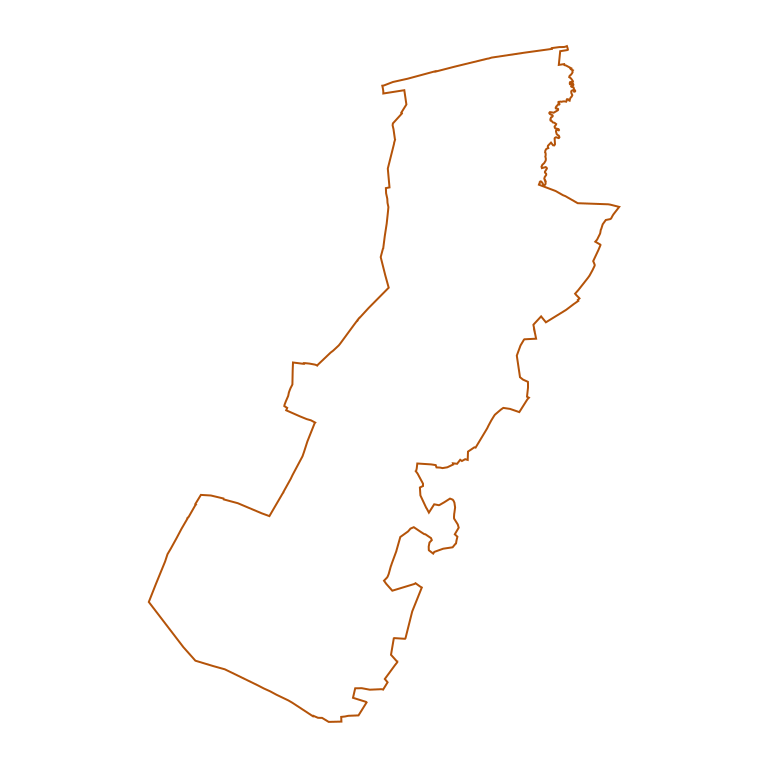 Svētes pag., Jelgava, Latvia (orthographic projection)
{"feature_id": "27541924B49757256215349", "entity_name": "Svētes pag.", "entity_type": "district", "adm_level": 2, "iso_a3": "LVA", "parent_name": "Latvia", "parent_adm1": "Jelgava", "projection": "orthographic", "projection_center": [23.649, 56.562], "detail": "fine", "context": "isolated", "style": "outline", "palette": "amber", "viewbox_px": 768, "rotation_deg": 0, "n_neighbors": 0, "source": "geoboundaries", "source_scale": "gbopen_adm2", "svg_char_len": 6023}
<svg xmlns="http://www.w3.org/2000/svg" viewBox="0 0 768 768"><path d="M293.0,362.5L292.7,369.9L292.4,384.5L290.6,388.0L289.9,389.7L288.9,392.4L288.2,395.9L285.9,401.2L284.6,404.6L284.3,406.1L287.2,407.9L286.2,410.3L299.8,416.3L306.7,419.1L310.9,420.3L315.2,422.6L314.6,423.3L307.4,441.4L304.1,451.7L302.5,456.3L292.5,475.1L290.8,478.7L283.3,492.2L283.4,492.5L282.6,493.5L269.4,516.1L261.7,513.3L237.8,503.2L223.7,499.4L223.5,498.5L210.9,495.5L200.9,494.9L195.3,504.1L195.8,504.6L195.6,504.7L188.6,517.0L187.6,517.7L187.3,518.3L187.5,518.5L181.5,528.8L176.7,537.9L170.8,548.6L167.5,554.2L165.1,561.5L155.9,584.0L148.8,602.0L183.4,647.2L195.4,660.7L213.3,666.1L224.8,669.3L257.5,685.2L263.9,688.5L270.1,691.3L276.4,694.7L288.3,700.4L292.1,702.6L313.0,716.3L313.3,715.8L318.0,717.8L322.1,717.9L328.7,721.9L341.4,721.6L341.2,716.9L345.0,716.5L348.3,715.8L358.5,715.4L366.6,702.4L366.1,701.9L353.0,697.8L355.2,688.3L361.8,688.2L369.8,689.7L381.1,689.2L382.3,689.3L383.1,689.6L387.6,682.3L384.8,679.0L395.0,665.1L397.3,662.2L397.3,661.5L397.0,661.5L391.0,654.8L393.8,638.3L394.3,638.1L405.0,638.8L405.5,638.2L412.2,611.5L421.8,587.5L420.2,586.6L415.5,583.2L414.6,583.9L392.3,590.7L386.2,583.8L384.0,580.7L387.0,577.6L387.6,576.7L388.7,574.0L390.9,566.0L391.1,565.7L391.8,563.5L396.4,551.0L396.4,550.8L400.3,537.0L408.1,531.4L410.5,528.6L413.8,527.2L421.2,532.2L424.2,534.1L425.4,534.3L431.0,538.1L431.8,540.1L429.5,542.5L428.7,546.6L428.8,550.0L428.9,550.3L433.2,553.6L434.3,551.9L443.2,548.7L452.6,547.3L455.4,543.9L456.0,543.5L456.5,540.5L457.4,536.7L454.8,534.3L458.7,527.7L457.8,524.5L454.1,518.6L454.0,517.1L454.2,513.8L454.4,512.8L455.1,507.4L454.4,502.6L453.4,500.5L452.6,499.6L450.0,498.6L444.2,502.3L439.5,505.0L438.9,505.2L434.2,504.3L428.9,512.6L426.6,508.3L426.3,508.0L420.4,495.4L419.9,487.5L423.0,486.0L423.0,483.7L417.6,473.6L415.8,471.2L416.1,471.0L416.7,468.6L417.3,463.5L431.1,464.4L435.7,465.1L436.5,467.4L440.2,467.6L442.5,468.1L447.3,467.3L453.2,464.5L452.9,463.3L457.1,463.8L460.2,459.8L461.9,461.0L465.2,459.2L467.7,459.9L468.0,451.6L474.4,447.3L474.7,447.3L475.6,447.6L487.2,428.3L488.5,425.6L491.3,420.4L494.0,416.0L494.9,414.7L501.0,409.5L503.3,407.9L510.0,408.9L519.3,412.1L527.4,399.3L528.9,397.7L527.0,396.7L528.0,387.7L528.0,383.2L527.9,381.8L523.0,379.6L520.0,377.2L516.8,355.6L520.5,345.5L524.0,339.6L524.4,339.3L536.1,338.7L535.2,334.2L534.3,330.4L534.5,330.5L533.4,324.8L533.7,324.4L541.1,316.4L545.9,322.3L566.2,309.8L573.7,304.1L578.3,300.9L577.8,300.0L579.5,298.4L578.6,297.4L576.1,294.9L575.1,293.7L578.2,290.2L582.4,284.9L587.9,277.9L589.6,275.5L592.5,270.2L594.5,266.0L594.7,265.4L594.7,264.9L594.6,264.5L593.2,261.1L598.5,249.8L600.4,245.3L600.5,244.9L600.3,244.6L595.3,241.7L597.1,239.6L599.9,234.0L600.2,233.2L600.8,229.8L601.3,228.8L602.7,224.3L605.8,220.0L610.2,219.1L611.1,218.5L612.7,215.5L613.4,214.4L619.2,206.9L610.1,204.6L608.2,204.3L577.7,203.2L565.3,196.1L563.0,195.2L555.6,191.0L538.9,184.7L539.1,184.0L539.7,183.4L539.7,182.2L540.4,181.4L540.8,181.4L541.3,181.6L542.5,183.1L543.4,185.0L544.1,185.2L544.9,184.9L545.4,184.2L545.6,183.5L545.5,182.1L545.0,180.7L545.4,180.8L545.1,180.0L544.6,179.3L544.3,178.6L544.7,177.1L546.2,174.9L546.2,174.3L546.1,173.7L545.0,172.6L544.9,172.1L545.0,171.6L546.7,168.9L546.9,168.5L546.6,167.7L545.7,167.1L541.9,168.1L541.5,166.7L542.4,164.7L544.2,163.1L545.5,160.9L545.8,160.0L545.8,158.4L545.3,156.5L545.6,155.9L545.7,154.0L545.5,152.9L545.1,152.5L545.3,150.9L545.5,150.3L546.2,149.1L546.6,148.8L548.3,148.1L547.8,146.8L548.0,145.7L551.0,142.6L553.1,145.3L554.3,145.4L555.0,144.2L554.6,138.5L554.8,138.0L555.6,137.4L556.3,137.3L558.6,138.1L558.9,138.0L559.4,137.3L559.1,136.3L558.7,135.6L557.5,134.9L556.7,134.1L556.0,131.6L556.0,130.9L556.2,130.3L556.5,129.9L557.3,129.9L558.2,130.3L558.8,130.3L559.0,130.0L558.5,129.1L555.3,128.3L554.8,127.7L554.6,126.5L555.8,125.0L556.2,124.1L554.5,122.8L552.8,122.4L551.8,121.1L550.9,120.8L550.6,120.6L550.4,120.1L550.7,119.4L550.4,119.1L550.7,118.3L551.0,117.5L551.4,117.4L552.6,116.4L552.7,115.6L552.6,115.4L552.2,115.1L551.6,114.9L549.9,114.0L549.3,113.2L549.3,112.9L549.8,112.2L550.7,112.2L553.7,112.7L557.9,110.2L558.1,109.8L558.1,109.0L557.7,108.7L556.6,108.5L556.3,108.6L555.8,108.4L555.7,108.1L555.7,107.7L555.9,107.2L556.5,106.2L557.5,105.4L557.7,104.7L558.1,104.3L559.3,104.5L559.5,104.2L559.4,103.8L558.4,102.3L558.5,101.9L560.7,101.6L561.6,101.8L563.1,101.4L564.8,101.4L566.2,101.7L566.8,100.4L566.7,99.7L566.8,99.5L567.0,99.2L567.6,99.2L568.1,99.3L569.1,100.5L569.6,100.7L570.1,98.7L570.7,97.5L571.5,96.8L572.3,95.3L572.2,94.7L571.5,93.5L571.2,91.8L571.5,90.9L572.3,90.4L572.9,90.2L573.5,90.6L574.2,91.7L575.1,91.4L575.2,91.1L575.1,90.5L574.2,89.6L573.6,87.5L571.5,86.8L571.1,86.3L571.2,85.9L571.6,85.6L573.1,85.4L573.3,85.1L573.4,84.6L573.1,83.9L572.7,83.7L569.9,84.1L569.8,83.8L569.8,83.1L569.9,82.4L570.1,82.1L572.5,81.9L573.0,81.7L572.8,81.0L571.2,78.7L570.6,78.1L569.2,77.1L569.7,75.7L570.8,74.9L572.0,73.4L572.6,72.2L572.4,71.0L572.9,70.3L570.8,69.2L570.1,68.2L570.7,68.0L566.0,65.5L564.4,65.1L564.2,64.1L558.8,64.9L560.2,51.2L567.1,50.1L567.9,49.7L567.6,48.2L566.9,46.1L565.4,46.7L564.0,47.0L559.2,47.1L551.8,48.1L551.9,48.9L524.3,52.7L491.6,57.6L488.7,58.5L487.3,58.7L454.9,66.6L435.5,71.6L435.5,71.2L407.7,78.7L392.9,82.0L383.8,85.5L382.3,85.7L382.8,88.0L383.3,91.1L383.3,93.5L404.3,90.2L406.4,104.5L401.2,112.8L401.3,113.4L401.9,113.1L402.0,113.4L392.9,123.4L392.6,125.3L393.5,129.2L394.9,139.1L395.1,139.5L394.1,142.9L394.1,143.5L387.8,168.6L389.5,187.4L385.9,188.1L386.1,193.3L387.3,198.8L387.5,202.8L388.4,207.1L388.0,211.4L386.7,223.6L384.8,235.9L383.2,248.5L382.9,248.8L380.7,257.1L385.3,275.4L388.7,287.7L368.6,308.0L359.6,317.8L359.5,317.7L358.9,318.3L357.5,320.2L357.7,320.3L357.5,320.6L357.3,320.4L357.1,320.7L357.1,320.8L356.8,321.1L353.5,325.5L340.3,343.5L338.8,345.4L333.1,350.7L330.6,352.6L318.0,364.6L317.2,365.6L316.4,365.1L314.9,364.6L309.5,363.6L304.7,363.1L303.9,363.1L304.0,363.8L303.2,363.8L293.0,362.5Z" fill="none" stroke="#b45309" stroke-width="2"/></svg>